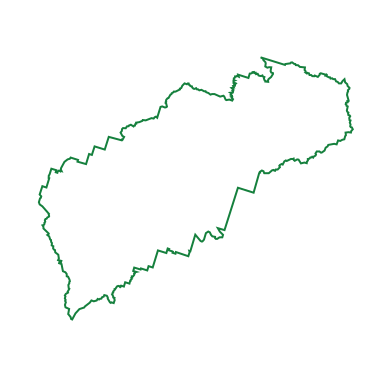 Singleton, New South Wales, Australia (Mercator projection), rotated 188°
{"feature_id": "25037944B56685676634678", "entity_name": "Singleton", "entity_type": "district", "adm_level": 2, "iso_a3": "AUS", "parent_name": "Australia", "parent_adm1": "New South Wales", "projection": "mercator", "projection_center": [150.791, -32.605], "detail": "fine", "context": "isolated", "style": "outline", "palette": "green", "viewbox_px": 384, "rotation_deg": 188, "n_neighbors": 0, "source": "geoboundaries", "source_scale": "gbopen_adm2", "svg_char_len": 5976}
<svg xmlns="http://www.w3.org/2000/svg" viewBox="0 0 384 384"><g transform="rotate(188 192 192)"><path d="M317.0,209.2L317.6,207.9L319.7,207.0L322.5,204.1L325.0,197.4L325.0,196.0L324.1,194.6L325.1,194.8L325.2,194.1L326.7,194.7L327.8,193.7L328.0,192.3L329.7,192.6L329.4,194.7L334.5,195.5L335.5,189.5L336.1,188.3L335.9,185.9L335.3,185.8L336.8,176.2L341.0,176.9L342.5,168.3L340.7,166.7L340.9,165.2L341.6,164.6L342.2,160.6L341.1,158.5L338.2,157.0L330.6,150.4L330.8,149.9L330.1,148.2L330.4,147.5L331.7,146.7L332.3,145.3L333.3,144.9L333.8,143.6L333.2,142.1L333.9,140.9L333.6,140.0L334.2,138.7L335.4,138.2L334.3,136.9L334.0,135.2L328.1,130.9L328.3,130.0L329.2,129.3L327.2,128.1L325.8,125.2L325.0,124.9L324.5,122.9L323.6,122.0L323.5,119.6L321.8,119.0L321.7,116.9L320.8,115.8L319.6,115.4L319.0,113.2L315.7,111.3L314.6,107.7L315.1,105.9L311.8,105.6L312.0,104.2L313.5,104.4L313.7,103.0L311.2,102.5L308.8,95.6L306.2,94.9L304.7,93.4L304.3,91.1L302.9,90.9L301.2,88.3L300.5,86.6L301.0,85.8L300.8,84.5L301.5,82.7L300.7,79.6L300.0,79.1L301.3,75.8L300.8,75.1L302.8,73.5L303.5,71.8L302.8,71.0L303.1,69.0L302.1,67.5L302.5,66.5L301.6,65.3L302.1,62.5L301.2,60.2L297.4,59.1L297.6,53.9L294.9,51.4L294.0,49.4L292.9,49.1L290.5,55.6L287.2,60.4L282.7,62.6L282.1,63.8L277.9,68.1L276.5,70.6L274.0,70.1L271.3,71.3L270.5,73.0L269.1,72.6L268.3,73.4L266.9,73.8L266.4,75.3L264.9,76.1L264.5,77.7L261.9,77.4L260.7,75.8L260.6,74.7L257.9,71.3L257.0,70.9L256.5,71.5L254.1,71.1L253.5,74.2L254.2,75.6L254.0,76.3L255.3,76.6L255.5,77.7L256.9,79.5L256.5,79.8L256.6,81.0L256.0,81.5L256.2,82.5L254.8,84.6L255.1,85.1L254.3,85.6L253.2,88.0L252.1,88.7L251.4,88.8L249.9,87.8L249.6,88.1L250.0,88.7L249.3,89.4L246.3,88.9L245.6,93.3L241.2,92.6L240.9,95.4L240.5,95.4L240.4,96.5L239.7,97.2L240.1,98.6L239.4,98.8L239.8,100.1L238.6,100.3L237.7,101.9L238.0,103.2L237.3,103.5L237.5,104.5L236.0,105.1L239.2,105.6L238.7,109.1L232.1,108.1L231.9,109.2L225.4,108.1L224.7,112.5L220.4,111.8L217.6,129.4L208.9,128.0L208.2,132.7L206.7,132.4L207.0,131.1L202.7,130.4L202.5,131.1L202.8,129.1L199.8,128.6L199.6,130.3L186.7,127.9L186.0,132.2L186.5,133.3L185.4,133.1L182.8,150.2L176.7,144.7L175.5,144.3L174.8,144.5L173.5,146.5L172.5,153.2L170.4,155.1L168.7,154.5L167.2,152.2L165.7,150.9L162.9,150.8L162.7,149.5L161.9,148.9L160.5,149.1L158.5,150.9L155.7,151.3L155.3,153.9L158.9,156.6L161.4,159.8L154.5,158.8L147.1,202.6L130.9,199.9L128.1,220.1L127.3,220.6L127.6,221.4L125.8,223.0L124.1,222.5L123.1,220.7L118.6,221.3L115.6,224.7L114.2,225.2L113.5,224.6L112.6,224.6L112.2,225.9L110.3,226.2L108.4,228.8L109.2,230.1L108.7,231.0L107.1,232.2L106.0,231.8L104.8,235.2L103.5,236.3L102.5,235.9L98.6,238.5L96.8,238.7L96.0,239.2L95.6,237.8L94.6,237.2L92.4,238.9L91.0,238.9L88.1,235.5L84.8,236.8L82.4,236.5L82.4,238.1L81.6,239.3L81.9,240.8L80.4,241.3L79.6,242.7L78.3,242.9L77.9,243.6L76.8,243.0L76.5,243.9L74.8,245.2L74.4,246.3L75.1,247.3L74.1,249.5L71.5,249.9L69.7,248.9L68.9,249.2L66.5,251.5L65.8,254.5L64.1,256.0L63.6,257.6L57.9,259.5L55.4,259.3L54.5,263.4L52.3,263.2L50.5,264.6L48.5,265.4L48.1,268.6L47.5,269.6L48.2,272.2L45.4,273.0L42.9,273.0L42.8,274.5L41.5,276.5L42.7,278.2L43.8,278.3L44.5,279.1L44.4,280.9L45.4,282.7L45.0,284.9L46.0,285.1L46.6,287.2L45.9,289.1L46.6,289.8L47.8,289.9L48.4,291.6L48.2,292.4L49.5,293.2L50.0,294.3L49.7,298.4L50.9,298.8L51.0,299.5L52.0,300.2L51.9,301.8L50.6,302.3L50.8,303.6L49.7,303.5L49.5,304.0L52.0,309.7L51.9,312.3L51.4,313.2L51.8,314.5L50.6,316.0L50.5,317.0L52.7,318.7L53.3,320.4L55.6,321.9L56.7,324.9L58.3,322.9L59.4,320.3L61.6,320.0L63.1,321.3L64.7,321.6L66.1,323.7L67.9,323.4L69.0,324.1L70.6,323.6L71.4,324.8L72.4,324.6L74.7,325.4L74.8,326.8L75.3,327.1L76.3,326.0L76.7,326.9L81.0,327.5L81.9,326.9L81.8,326.0L83.4,323.5L86.6,324.4L86.9,323.7L89.0,323.5L90.2,324.4L91.9,324.2L92.7,325.8L93.9,325.9L94.7,325.3L96.0,326.0L95.4,326.3L96.2,326.5L96.6,327.8L97.5,328.5L97.5,331.1L102.6,330.9L104.6,332.3L106.9,332.1L107.5,333.1L108.7,333.1L110.9,334.3L112.1,333.9L112.5,333.1L117.4,331.7L117.6,330.8L142.8,334.9L140.2,333.9L139.7,332.6L137.4,330.8L136.9,329.7L136.9,326.5L134.7,325.6L133.1,326.3L130.9,326.5L131.0,322.6L130.1,321.3L128.4,321.0L128.2,320.2L129.7,316.8L131.8,314.6L132.3,313.2L131.9,311.7L134.7,311.6L134.7,312.3L135.6,312.6L136.6,314.4L136.3,315.9L138.0,316.3L138.5,317.2L139.8,316.4L141.6,316.5L142.4,316.7L143.3,318.1L144.8,317.7L144.8,318.3L146.3,318.4L146.1,318.9L147.0,318.8L147.3,319.5L148.8,319.1L148.9,318.3L150.2,317.5L151.3,317.3L152.0,312.8L162.6,314.6L161.8,312.7L163.6,313.3L164.3,312.5L165.4,312.5L165.5,311.2L166.4,310.4L166.3,308.7L165.2,308.4L166.4,307.8L166.1,305.9L164.7,306.1L165.5,305.5L165.3,304.7L164.0,305.8L163.6,305.6L164.3,304.8L164.3,303.2L166.0,302.7L165.0,301.2L167.3,300.5L165.1,298.9L165.2,298.3L166.0,297.9L165.3,297.0L165.4,296.2L167.8,295.6L166.6,294.9L167.3,293.6L165.8,292.9L165.7,292.3L166.3,291.8L165.4,291.5L165.7,290.6L164.3,289.6L164.9,288.1L167.9,288.7L170.8,287.8L171.6,288.2L173.4,291.1L174.3,291.7L177.4,290.4L183.3,292.1L185.7,291.8L187.3,291.0L189.5,292.3L191.9,292.8L192.6,293.7L193.9,293.4L196.9,294.5L198.9,293.7L200.3,294.5L201.3,294.3L202.4,295.4L203.6,294.5L204.9,294.5L206.4,295.6L206.8,296.6L208.3,296.6L208.8,297.4L209.8,297.7L210.4,299.0L211.3,298.9L212.0,298.0L214.5,298.5L216.4,295.9L217.1,293.5L218.4,292.7L218.2,291.9L222.3,289.1L224.0,288.9L224.2,288.2L225.8,287.0L226.0,286.0L226.9,285.4L228.4,281.7L229.2,281.5L230.3,279.8L230.5,277.9L230.1,277.6L230.6,276.5L229.9,276.0L228.7,273.1L229.1,272.5L230.5,271.9L233.4,272.6L235.0,271.9L236.8,260.7L238.2,261.6L239.4,260.8L240.2,259.4L242.4,259.5L247.8,256.5L250.8,256.4L251.1,255.5L254.0,253.8L257.0,252.9L256.7,251.9L257.6,251.4L257.8,249.8L258.6,249.6L259.0,248.8L261.9,250.1L263.9,248.9L264.0,248.3L265.6,247.9L266.5,245.9L269.2,245.7L270.0,244.6L270.0,242.6L271.0,240.9L268.8,237.9L266.9,237.1L268.1,234.0L268.8,234.1L268.9,233.4L282.1,235.0L284.3,221.9L294.8,223.6L296.3,214.8L299.2,215.3L300.8,204.9L309.6,206.1L309.3,207.9L317.0,209.2Z" fill="none" stroke="#15803d" stroke-width="2"/></g></svg>